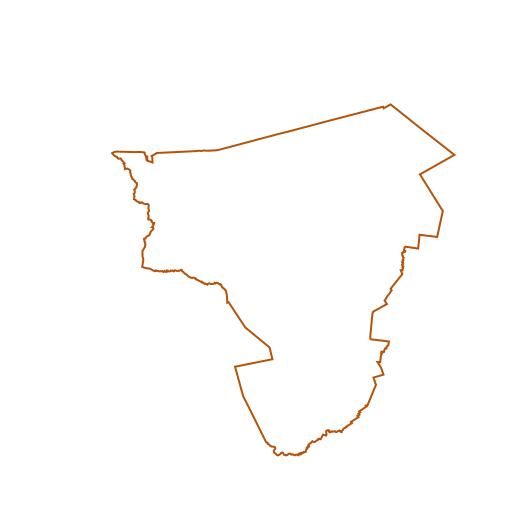 outline of Miguel Auza, Zacatecas, Mexico, rotated 287°
{"feature_id": "50627088B13748341386854", "entity_name": "Miguel Auza", "entity_type": "district", "adm_level": 2, "iso_a3": "MEX", "parent_name": "Mexico", "parent_adm1": "Zacatecas", "projection": "robinson", "projection_center": [-103.557, 24.164], "detail": "fine", "context": "isolated", "style": "outline", "palette": "amber", "viewbox_px": 512, "rotation_deg": 287, "n_neighbors": 0, "source": "geoboundaries", "source_scale": "gbopen_adm2", "svg_char_len": 6050}
<svg xmlns="http://www.w3.org/2000/svg" viewBox="0 0 512 512"><g transform="rotate(287 256 256)"><path d="M216.1,175.5L216.2,175.4L216.3,175.8L215.9,176.3L215.8,177.2L215.9,177.8L216.3,178.1L216.9,179.1L217.2,179.0L217.4,180.2L217.8,180.7L217.2,181.7L217.5,182.1L218.4,182.4L218.7,183.3L218.5,184.2L218.8,185.4L219.4,187.0L221.0,188.5L220.9,189.1L220.0,189.6L219.6,191.0L219.0,191.8L218.3,193.2L217.9,195.4L217.4,195.9L216.5,197.9L216.5,199.1L216.1,200.6L216.4,201.4L216.8,201.8L217.1,203.4L216.7,204.2L217.0,204.9L216.8,205.3L216.3,205.3L216.1,205.7L215.9,207.9L215.5,208.9L215.5,209.7L215.3,210.2L215.3,210.7L215.7,211.6L215.4,211.8L215.0,211.7L214.8,212.3L214.8,212.8L215.1,213.2L215.1,213.6L214.3,214.9L214.5,215.6L214.8,215.8L214.4,217.8L215.0,217.9L216.3,219.4L216.1,220.7L216.1,221.6L217.3,224.0L218.2,224.4L217.8,225.2L218.9,226.0L219.0,227.5L218.6,228.0L218.4,228.9L218.7,229.7L218.7,230.2L218.6,230.4L218.1,230.4L218.0,231.3L217.0,232.1L216.7,232.1L216.4,232.6L216.1,233.5L215.4,234.1L215.6,234.8L213.9,237.4L210.2,239.5L202.9,242.2L203.9,243.2L184.5,266.7L172.5,295.7L162.1,301.9L144.0,268.3L118.2,284.7L106.7,295.7L80.8,320.2L81.0,321.1L80.8,321.7L79.7,322.1L79.6,323.6L79.2,324.3L78.6,324.9L78.6,325.7L78.3,326.4L78.8,328.9L78.8,329.9L78.2,330.4L77.3,330.7L74.6,330.0L74.2,330.1L73.2,331.0L72.8,332.0L72.7,332.8L71.7,334.4L71.7,335.0L72.1,335.8L74.0,337.3L75.2,337.8L75.8,338.4L75.6,339.2L75.3,339.7L74.2,340.7L74.1,341.5L74.3,342.3L74.1,342.9L74.6,343.9L75.0,344.2L75.4,344.3L75.8,344.8L76.2,345.0L76.7,345.5L76.9,346.7L76.4,347.8L77.0,348.5L76.8,349.0L77.0,350.0L76.8,350.6L76.8,351.5L77.9,352.5L78.0,353.3L77.8,354.3L77.9,354.9L79.1,354.6L79.6,355.0L79.2,355.6L79.3,356.7L79.5,357.1L80.2,357.4L80.6,357.0L80.7,356.3L80.8,356.3L81.2,357.0L81.4,358.6L81.7,358.9L82.6,358.9L82.9,360.3L83.3,360.8L85.1,360.6L86.3,360.7L86.5,361.2L86.8,361.4L87.5,360.6L88.2,361.0L88.6,361.9L89.3,362.5L89.6,362.5L90.0,361.4L90.8,361.2L91.4,361.7L92.2,362.1L93.1,363.1L93.6,363.1L94.3,363.7L95.2,363.9L95.4,364.1L95.0,365.2L95.0,365.8L95.1,366.3L97.7,368.3L98.2,369.0L99.0,368.9L99.5,369.2L99.7,369.7L99.5,370.8L99.6,371.4L104.8,372.4L104.6,373.3L105.0,374.5L104.7,375.5L104.8,375.6L106.0,375.6L108.4,374.5L109.3,374.3L110.3,375.4L110.7,376.3L110.6,376.6L109.6,376.9L109.4,377.2L109.6,377.8L109.0,378.1L109.2,378.6L110.2,379.2L110.4,379.9L110.2,380.1L110.5,380.5L110.8,381.6L111.4,382.3L111.4,382.8L111.0,383.9L111.2,384.6L112.2,385.3L112.9,386.3L113.3,386.3L113.5,386.5L113.3,387.0L113.4,388.1L113.4,388.3L112.7,388.3L112.4,388.9L112.6,389.4L114.0,389.3L115.1,390.0L116.0,390.0L116.9,390.5L118.0,391.8L119.0,392.5L119.2,392.2L124.3,396.6L125.1,395.3L131.9,401.2L132.7,399.8L134.4,401.3L135.1,400.0L136.9,401.4L137.6,400.1L144.5,405.8L145.1,404.8L146.0,406.3L167.9,408.4L174.1,403.9L179.8,412.6L185.8,408.2L190.2,403.1L190.8,405.8L197.2,404.6L199.6,405.0L199.5,404.2L201.2,403.9L201.7,406.4L203.5,406.2L203.9,406.4L205.1,406.4L205.4,406.5L205.7,407.8L207.4,407.4L209.4,408.6L213.1,408.1L209.9,390.1L210.1,389.7L210.5,389.4L213.4,388.6L227.7,385.7L230.9,384.9L231.7,384.9L235.4,384.1L235.7,384.3L237.1,384.4L248.3,395.2L251.0,392.0L252.6,392.6L254.8,393.0L256.9,393.7L260.3,395.1L261.0,395.0L262.7,395.8L264.0,394.3L281.5,401.2L284.7,398.6L285.2,400.2L285.7,399.9L286.1,399.9L286.8,400.3L287.7,399.5L288.1,399.8L288.3,399.6L288.6,399.7L288.6,400.0L289.1,400.0L289.2,399.9L289.4,399.1L289.7,399.0L289.8,398.6L290.4,398.3L290.9,398.9L291.5,399.0L292.0,398.5L292.5,398.7L292.9,398.4L292.6,397.7L292.9,397.4L293.4,397.4L294.7,398.2L295.2,397.9L295.4,397.5L296.2,397.9L297.1,397.4L297.5,397.6L297.7,397.1L298.4,396.6L298.7,396.2L299.4,396.1L299.8,395.5L301.6,394.8L302.2,395.2L302.1,395.5L302.9,395.8L303.2,396.9L303.4,397.2L303.7,397.3L304.3,397.3L304.2,396.2L305.0,395.8L305.6,395.9L307.5,395.6L308.6,396.1L310.5,408.9L324.1,406.2L327.2,423.7L353.6,421.5L382.0,388.9L410.7,416.2L425.9,376.8L440.3,340.4L434.6,334.9L435.9,333.9L435.7,333.5L406.9,286.6L385.6,252.4L379.0,241.4L345.9,188.2L342.5,179.0L341.6,175.0L340.5,173.3L340.0,170.6L338.9,168.3L325.5,131.0L325.3,131.0L321.1,126.9L319.9,128.0L315.2,129.7L315.3,128.1L315.2,127.5L315.6,124.9L315.3,124.5L315.8,124.1L315.9,123.1L316.9,122.7L316.8,123.1L317.3,123.1L317.4,123.5L319.3,122.9L318.6,121.9L321.4,119.6L322.1,119.5L322.4,119.2L322.4,118.8L321.6,114.9L319.5,108.2L315.0,91.9L314.3,90.5L313.7,89.6L312.3,88.3L311.4,89.6L310.4,91.3L310.1,93.4L310.2,94.1L309.2,94.9L308.8,96.1L309.7,97.8L309.6,98.1L309.0,99.0L308.6,99.1L306.3,103.1L305.5,102.4L304.9,103.3L300.7,105.4L301.7,106.7L301.9,107.2L301.6,109.7L301.1,110.6L300.6,111.0L299.5,111.0L299.0,111.3L298.5,112.0L296.7,112.6L295.9,113.1L295.1,114.1L294.7,114.3L294.4,114.9L293.7,115.1L293.2,116.5L292.1,118.1L292.2,118.4L291.4,118.9L291.0,119.6L291.0,120.4L290.7,120.9L290.0,121.2L289.3,121.2L288.6,121.6L287.7,121.3L287.1,121.3L286.6,121.6L285.5,120.8L285.0,120.9L283.8,120.1L282.4,121.2L281.7,121.4L280.7,121.5L280.4,121.5L279.7,120.9L277.6,122.3L276.6,122.3L275.2,122.9L274.6,122.8L274.3,124.7L273.4,125.7L273.5,127.2L273.0,128.1L273.3,128.8L272.6,129.4L272.9,130.1L273.8,130.6L274.0,131.2L273.5,132.1L273.2,134.4L273.3,135.4L274.1,137.0L273.9,137.8L273.2,138.6L270.1,139.2L268.1,140.4L267.3,140.5L266.9,140.2L265.2,140.0L264.3,140.6L263.6,141.3L262.7,141.8L260.5,141.8L259.5,142.3L259.4,142.7L259.8,143.2L259.8,143.8L259.7,145.3L259.6,145.5L259.1,145.6L258.9,146.2L257.9,146.4L257.6,147.4L257.3,147.9L257.7,148.3L257.8,149.0L256.9,149.2L255.8,148.5L255.0,148.8L254.0,148.7L253.3,148.1L253.3,148.8L252.1,150.0L250.5,149.3L249.1,148.4L246.1,148.0L245.2,148.1L244.3,147.5L242.7,145.7L240.5,145.2L240.0,144.0L239.7,143.9L239.3,143.9L239.0,144.3L237.5,144.9L237.2,145.6L236.8,146.0L236.1,145.8L235.5,146.2L234.8,146.9L232.2,147.1L227.5,146.0L222.1,147.7L220.8,148.8L219.2,149.4L212.2,150.4L212.2,154.2L212.9,158.5L212.1,161.5L211.9,163.8L212.0,164.1L212.9,164.2L212.8,166.2L213.0,166.7L212.9,167.8L214.2,171.0L213.6,172.1L214.1,172.7L214.9,172.9L214.4,174.3L214.9,175.4L215.4,175.1L216.1,175.5Z" fill="none" stroke="#b45309" stroke-width="2"/></g></svg>